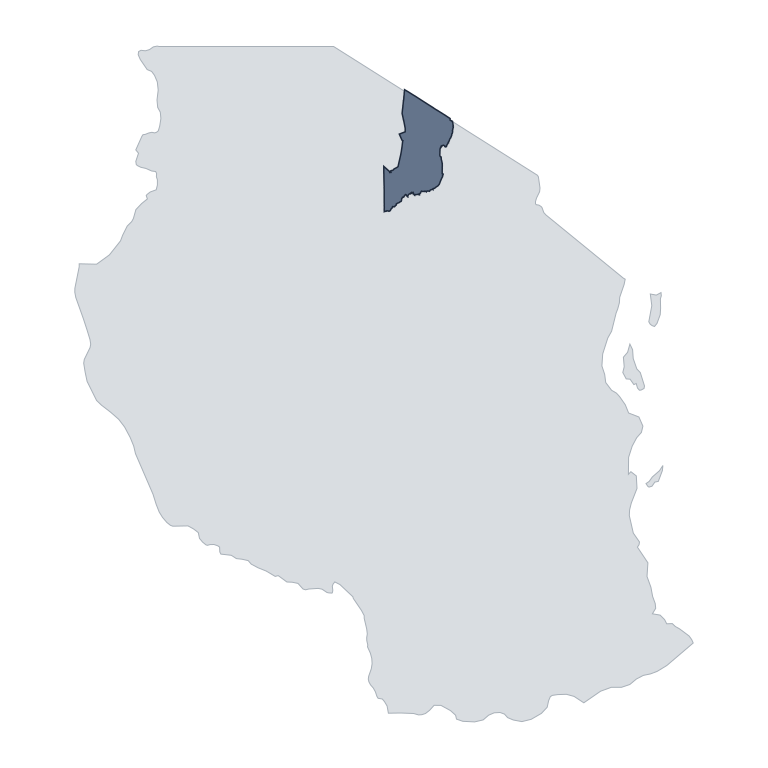 Ngorongoro, Arusha, United Republic of Tanzania shown in context
{"feature_id": "72390352B42279830137418", "entity_name": "Ngorongoro", "entity_type": "district", "adm_level": 2, "iso_a3": "TZA", "parent_name": "United Republic of Tanzania", "parent_adm1": "Arusha", "projection": "robinson", "projection_center": [35.632, -2.654], "detail": "fine", "context": "in_parent", "style": "filled", "palette": "slate", "viewbox_px": 768, "rotation_deg": 0, "n_neighbors": 0, "source": "geoboundaries", "source_scale": "gbopen_adm2", "svg_char_len": 8743}
<svg xmlns="http://www.w3.org/2000/svg" viewBox="0 0 768 768"><path d="M275.2,576.4L266.1,571.0L257.9,567.7L251.2,564.1L248.2,560.6L241.9,559.2L236.4,558.6L231.3,555.3L220.9,554.1L219.8,551.9L219.6,547.1L217.8,545.8L214.0,544.5L210.0,544.6L207.5,545.3L206.0,544.9L202.6,542.1L199.5,538.4L198.3,532.6L193.5,528.9L188.0,525.9L172.8,526.2L170.4,525.3L166.8,522.4L162.6,517.5L159.2,512.0L156.2,504.4L153.0,494.2L135.5,453.7L133.7,446.0L130.2,437.5L124.6,427.0L118.7,419.3L110.6,412.2L101.5,405.2L96.6,400.5L87.1,381.4L85.2,372.4L83.7,363.2L84.3,359.4L90.1,347.5L90.7,344.1L90.0,339.6L87.1,330.1L83.3,318.5L75.8,297.5L74.8,292.2L74.9,288.2L79.2,266.8L79.2,263.8L96.6,264.2L109.4,254.9L120.5,240.9L122.7,235.1L127.2,226.1L131.7,221.6L133.4,218.5L135.9,209.6L141.7,203.5L147.4,198.9L146.2,195.6L147.1,194.4L150.2,192.0L156.2,189.8L157.4,185.1L157.4,179.8L156.4,176.8L156.6,173.4L155.6,171.5L151.7,171.0L145.8,168.4L140.9,167.3L137.6,165.7L136.3,164.6L135.8,161.4L138.5,153.2L135.8,149.9L141.9,136.3L143.0,134.7L145.2,134.4L148.7,133.0L151.9,132.3L154.6,132.9L156.5,132.3L158.3,130.8L159.7,126.2L160.9,118.5L160.3,112.2L157.7,107.4L157.0,100.0L158.2,90.1L157.3,81.9L154.5,75.3L151.6,71.4L147.2,69.6L140.3,59.5L138.2,54.7L138.6,51.6L141.0,50.3L145.4,50.8L149.5,49.6L153.3,46.9L157.1,46.1L159.1,46.5L333.6,46.5L537.5,175.3L538.4,176.9L540.0,188.0L539.6,191.7L536.5,198.1L535.5,201.5L535.5,203.8L536.3,204.7L538.9,205.1L541.2,206.6L542.1,207.8L543.8,212.6L546.0,215.0L623.4,278.2L625.2,279.2L624.1,284.5L619.7,297.3L619.4,302.7L617.7,309.0L616.1,313.1L611.6,331.2L607.8,338.0L602.7,353.9L601.9,366.0L604.7,374.5L605.7,382.5L611.6,390.3L616.4,393.1L619.6,396.6L625.3,404.8L628.6,413.0L638.9,417.0L642.9,426.1L641.4,432.4L636.7,437.7L632.2,446.1L628.6,457.3L628.4,474.3L630.9,471.7L636.3,475.9L637.0,488.4L631.3,503.0L629.6,509.8L629.3,515.6L633.3,533.1L639.5,542.0L639.0,544.8L637.4,547.1L647.9,562.8L647.0,576.5L650.9,587.2L652.6,596.4L655.2,603.5L655.7,608.3L652.4,613.8L660.1,615.1L664.6,619.6L666.7,623.8L672.3,623.6L675.3,626.5L679.6,628.9L689.1,636.0L691.7,639.6L693.2,643.0L666.8,665.5L657.3,671.3L650.5,673.9L643.3,675.4L636.4,679.0L629.8,684.5L621.5,687.3L611.3,687.3L600.6,691.2L583.8,702.8L574.1,696.4L566.4,694.3L557.6,694.6L552.2,695.4L550.3,696.7L548.6,700.7L547.2,707.2L541.4,713.4L531.2,719.3L521.9,721.6L513.3,720.0L507.6,717.6L504.5,714.1L500.1,712.5L494.2,712.8L488.6,715.2L483.2,719.9L474.6,721.9L462.8,721.3L456.5,719.1L455.6,715.2L450.5,710.6L441.0,705.4L434.1,705.3L429.6,710.3L425.5,713.5L421.8,714.7L418.5,714.9L413.7,713.5L400.7,713.0L388.4,713.2L387.1,706.0L384.5,701.6L382.3,699.0L378.1,698.3L376.9,696.3L375.4,691.8L373.3,688.0L370.5,684.8L368.9,681.8L368.3,679.1L368.7,676.2L371.3,668.8L372.1,663.7L371.8,658.5L370.4,653.2L367.5,646.8L367.8,645.0L366.8,640.7L366.7,637.7L367.3,633.9L366.7,628.9L364.2,618.3L364.2,615.6L361.5,610.5L353.3,598.4L352.9,596.8L340.0,584.6L334.8,581.9L333.0,584.2L332.3,586.3L332.8,590.2L332.5,592.2L332.0,593.1L328.9,592.9L327.0,592.5L322.1,589.2L318.3,588.4L308.9,589.0L305.6,589.8L303.0,589.0L298.0,583.4L292.1,582.2L286.9,582.0L278.2,575.6L275.2,576.4ZM640.3,372.6L644.5,386.0L644.0,388.5L641.0,390.1L639.4,390.2L637.5,388.0L636.2,383.5L633.9,384.6L630.1,379.2L626.2,378.9L622.8,372.5L624.2,366.8L623.4,357.2L627.6,352.3L629.9,344.1L632.6,349.7L633.2,358.5L636.8,368.9L640.3,372.6ZM661.0,292.6L661.3,295.8L660.4,298.8L660.6,308.3L660.2,314.7L657.0,323.4L654.5,326.5L652.1,325.6L650.2,324.2L648.8,321.8L651.8,305.7L650.3,294.0L656.3,295.1L661.0,292.6ZM652.0,486.2L649.0,487.1L647.8,486.3L646.0,483.6L649.2,481.4L652.3,477.0L659.5,470.7L662.9,465.5L662.4,470.5L658.3,481.4L654.8,482.1L652.0,486.2Z" fill="#d9dde1" stroke="#a8b0b8" stroke-width="1"/><path d="M442.9,175.2L443.2,174.1L443.0,173.9L442.2,173.7L442.2,169.7L442.3,168.7L442.2,168.0L442.3,166.2L442.3,165.1L442.3,164.7L442.2,163.9L442.3,163.4L442.2,163.2L442.0,162.4L441.7,160.8L441.3,159.5L441.2,158.0L441.1,157.8L441.2,157.1L440.8,156.8L440.5,156.7L440.2,156.4L440.0,155.9L439.8,155.3L439.8,154.8L439.9,153.2L439.9,151.8L440.0,150.1L440.0,149.3L440.0,149.1L440.2,148.6L440.4,147.9L440.8,147.1L441.2,146.2L441.3,146.3L441.4,146.6L441.5,146.4L441.9,145.9L442.0,146.0L442.1,145.8L442.4,145.6L442.8,145.4L443.1,145.3L443.4,145.2L443.6,145.2L443.7,145.3L444.3,145.7L444.4,145.8L444.6,146.0L444.8,146.2L444.8,146.4L445.1,146.3L445.7,146.4L445.8,146.5L446.0,146.7L446.0,146.8L446.4,146.6L446.5,146.5L446.5,145.8L446.7,145.4L446.9,145.2L447.0,144.9L447.1,144.6L447.3,144.3L447.9,143.6L447.9,143.2L448.0,143.0L448.1,142.8L448.2,142.6L448.3,142.6L448.5,142.6L448.4,142.1L448.5,141.9L448.7,141.6L449.0,141.2L449.3,140.8L449.3,140.6L449.3,140.4L449.8,139.0L450.1,138.5L450.3,138.2L450.7,137.9L450.8,137.7L450.9,137.2L451.6,135.6L451.7,135.2L451.8,134.8L451.7,134.1L451.8,134.0L451.9,133.8L452.2,133.5L452.5,132.7L452.5,132.0L452.5,131.7L452.7,131.1L452.6,130.9L452.5,130.7L452.4,130.4L452.6,130.1L452.7,129.8L452.7,129.6L452.7,129.2L452.9,129.0L452.9,128.9L452.9,128.7L452.9,128.4L453.0,128.2L453.3,127.5L453.2,127.2L453.3,126.9L453.2,126.8L453.1,126.7L453.0,126.2L453.2,125.9L453.1,125.7L453.1,125.4L453.2,125.2L453.0,124.7L452.9,123.5L452.8,123.1L452.8,122.9L452.7,122.5L452.6,122.3L452.5,121.9L452.5,121.6L452.4,121.6L452.2,121.6L452.1,121.4L452.2,121.2L451.9,121.0L451.8,120.9L451.5,120.9L451.2,120.6L450.7,120.5L450.3,120.3L450.1,120.1L450.1,119.5L450.1,118.5L447.3,116.7L446.0,115.8L438.7,111.2L437.5,110.4L437.4,110.5L431.4,106.6L431.5,106.6L428.3,104.6L421.9,100.5L414.8,95.9L413.2,95.0L413.0,94.8L412.3,94.4L408.2,91.8L404.6,89.7L404.6,90.3L404.5,90.7L404.4,91.8L404.2,92.8L404.2,94.5L404.0,95.8L403.8,97.4L403.9,97.6L403.7,99.3L403.5,100.8L403.4,100.8L403.4,101.1L403.1,104.3L402.9,105.6L402.9,106.1L402.9,106.6L402.8,107.0L402.8,107.4L402.7,108.1L402.5,109.4L402.1,113.5L403.1,118.0L403.4,119.7L403.5,119.7L403.9,121.5L405.2,128.3L405.2,131.8L399.3,134.1L401.9,140.0L402.5,140.8L402.8,140.8L402.7,141.1L402.4,143.4L402.1,146.2L401.8,148.2L401.6,149.4L401.3,151.6L400.7,154.8L400.5,155.7L400.4,155.7L400.5,155.7L398.3,165.3L398.2,166.2L398.1,166.5L397.6,167.0L397.0,167.4L396.2,167.8L395.8,168.1L394.9,168.5L394.0,169.0L393.8,169.2L393.5,169.7L393.4,169.8L393.2,170.0L392.3,170.5L391.5,170.5L390.7,170.9L390.8,171.5L390.9,172.0L391.0,172.4L389.7,172.5L389.7,171.7L383.8,166.4L383.8,168.7L383.8,169.0L383.8,170.4L383.8,173.4L383.9,173.7L383.9,174.8L383.9,177.0L384.0,181.5L384.1,185.5L384.2,186.6L384.1,187.4L384.2,189.6L384.2,190.6L384.2,192.0L384.2,193.4L384.2,194.3L384.2,199.6L384.2,201.0L384.2,203.0L384.3,204.1L384.2,205.4L384.3,207.0L384.2,210.0L384.3,211.6L384.7,211.3L385.1,211.3L385.4,211.2L385.5,211.2L385.7,211.4L385.8,211.4L386.2,211.3L386.4,211.1L386.6,210.9L386.8,210.8L387.0,210.7L387.8,211.0L388.2,211.0L388.4,211.0L388.5,211.1L388.9,211.3L389.2,211.1L389.5,211.1L389.8,210.8L390.0,210.8L390.2,210.7L390.3,210.6L390.5,210.2L390.9,209.2L391.0,209.0L391.1,208.9L391.3,208.8L392.0,208.1L392.2,207.8L392.5,206.7L392.8,206.5L393.1,206.7L393.3,206.8L393.7,206.7L393.8,206.7L394.0,206.8L394.3,206.6L394.6,206.7L394.8,206.5L395.0,206.3L395.1,206.0L395.3,205.7L396.0,205.3L396.0,205.2L396.3,204.8L396.3,204.5L396.4,204.4L396.5,204.2L396.3,204.0L396.4,203.9L396.5,203.8L396.8,203.6L397.6,203.1L398.1,203.0L398.6,202.8L399.2,202.6L399.6,202.2L399.8,202.1L400.1,201.7L400.6,201.6L400.9,201.5L401.2,201.3L401.3,201.0L401.5,200.4L401.6,199.7L401.6,199.4L401.6,198.9L401.7,198.5L401.9,198.4L402.1,198.1L402.4,197.8L402.4,197.7L402.5,197.3L402.8,197.4L403.0,197.4L403.8,197.0L403.8,196.9L403.8,196.7L404.0,196.5L404.1,196.4L404.1,196.2L404.7,195.7L404.8,195.4L405.0,195.1L405.4,194.6L405.6,194.5L406.0,194.7L406.2,194.8L406.5,195.4L406.7,195.8L407.0,196.1L407.2,196.4L407.7,196.9L407.8,196.9L407.7,196.7L407.8,195.9L408.6,194.5L410.4,193.3L411.1,192.8L411.0,193.6L411.8,193.2L412.9,192.4L413.0,192.8L413.1,192.5L413.1,192.3L413.3,192.9L413.8,194.0L414.3,195.0L414.8,195.4L415.0,194.9L415.3,194.7L415.8,194.5L416.9,194.6L417.9,194.3L418.3,194.3L418.7,194.7L419.2,194.8L419.0,194.3L419.0,194.1L419.3,194.1L419.2,193.9L419.4,193.8L419.5,193.7L419.8,193.5L420.0,193.4L420.3,193.2L420.6,192.9L420.6,192.7L420.7,192.3L421.2,191.6L421.4,191.2L421.5,191.1L422.4,191.4L422.7,191.5L424.0,191.4L424.6,191.5L424.6,191.2L425.3,191.2L426.2,191.4L426.4,191.8L426.9,191.2L427.0,191.1L427.4,191.0L428.7,191.1L429.1,191.1L429.3,191.3L429.5,191.3L429.6,191.2L429.8,190.9L430.1,190.3L430.4,190.0L430.8,189.8L431.1,189.8L431.9,189.5L432.0,189.5L432.1,189.4L432.3,189.3L432.5,189.4L432.7,189.2L432.8,189.2L432.9,189.3L433.0,189.4L433.0,189.2L432.9,189.0L433.0,188.7L433.3,188.5L434.5,188.4L436.1,187.0L437.9,185.9L439.3,184.2L440.4,181.3L441.6,178.5L442.0,177.6L442.6,176.7L442.5,175.6L442.9,175.2Z" fill="#64748b" stroke="#1e293b" stroke-width="1.5"/></svg>